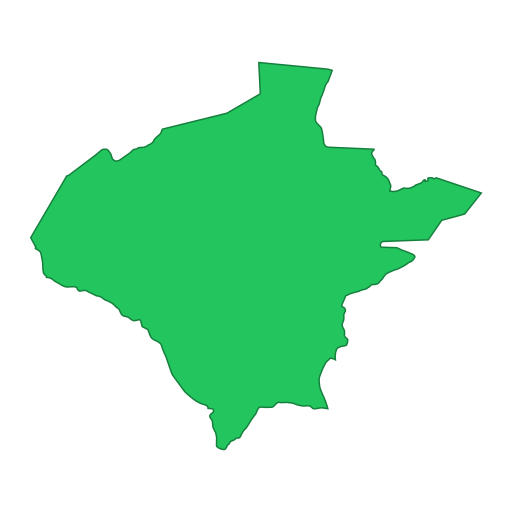 Texiguat, El Paraíso, Honduras
{"feature_id": "27666195B35644327877667", "entity_name": "Texiguat", "entity_type": "district", "adm_level": 2, "iso_a3": "HND", "parent_name": "Honduras", "parent_adm1": "El Paraíso", "projection": "orthographic", "projection_center": [-87.038, 13.663], "detail": "fine", "context": "isolated", "style": "filled", "palette": "green", "viewbox_px": 512, "rotation_deg": 0, "n_neighbors": 0, "source": "geoboundaries", "source_scale": "gbopen_adm2", "svg_char_len": 6067}
<svg xmlns="http://www.w3.org/2000/svg" viewBox="0 0 512 512"><path d="M327.8,408.7L327.2,406.4L325.3,400.7L324.0,397.6L321.7,392.5L320.0,388.0L319.5,385.0L319.2,382.5L319.1,380.0L319.3,378.3L319.6,376.8L320.0,375.5L322.8,368.4L325.1,363.9L326.3,361.9L327.0,361.3L328.1,360.3L330.3,358.2L331.9,358.4L334.3,359.2L335.4,359.8L335.2,357.6L335.2,355.6L335.6,352.4L336.5,349.5L337.5,348.1L339.3,347.1L340.7,346.6L342.7,346.1L343.8,346.0L345.5,345.6L346.4,345.2L347.3,343.3L347.8,339.7L347.1,338.8L345.1,336.9L344.4,335.7L344.6,333.5L344.5,331.1L344.2,330.0L342.9,327.6L342.4,326.3L342.1,324.5L342.7,322.6L343.6,320.3L343.9,318.0L343.8,315.4L343.9,314.1L345.3,311.2L345.4,309.8L344.9,308.6L343.9,307.5L342.2,306.7L341.9,306.4L341.9,305.4L342.1,304.3L343.7,300.7L345.0,297.6L345.5,295.9L347.6,295.0L349.2,294.1L354.8,292.3L357.1,291.8L359.1,291.2L360.3,290.6L361.8,290.0L363.2,289.6L364.9,289.3L366.2,288.8L367.4,288.1L367.8,287.6L368.8,287.2L369.7,286.5L371.3,284.9L371.7,284.7L372.2,284.5L374.7,284.5L375.9,284.3L377.6,283.7L378.7,282.9L380.3,281.0L382.2,279.1L384.5,275.8L385.7,274.2L388.9,272.4L393.7,270.3L394.9,269.9L397.9,269.0L398.6,268.5L400.8,267.5L404.3,265.6L407.0,263.9L408.2,262.9L411.5,261.3L412.7,260.3L413.8,259.0L414.9,256.9L414.8,256.2L414.2,255.4L412.6,254.3L407.8,252.2L405.6,251.4L402.1,250.2L396.9,247.7L381.8,247.2L380.8,246.9L380.3,245.9L380.7,243.1L381.2,242.5L382.7,241.5L428.3,239.8L441.7,220.3L464.7,214.0L481.3,193.0L436.5,177.9L436.1,177.9L434.5,178.6L433.9,178.7L433.2,178.6L432.8,178.1L432.5,177.9L431.5,177.8L430.4,177.9L429.6,177.7L428.5,177.9L428.1,178.1L427.9,178.4L427.8,179.0L428.1,179.7L428.1,180.1L428.0,180.6L427.6,180.9L426.0,181.4L425.1,181.4L424.9,181.3L424.8,181.0L424.9,180.9L425.3,180.6L425.4,180.2L424.9,179.8L424.4,179.8L423.5,180.4L422.3,182.0L421.1,183.1L419.4,183.6L417.1,184.6L416.7,184.6L416.4,184.7L415.4,185.3L413.7,186.5L409.8,188.2L408.8,188.3L407.4,188.4L403.6,188.0L399.1,190.2L397.9,190.7L397.3,191.1L393.5,191.5L392.3,191.5L391.0,191.1L390.5,191.2L390.1,191.5L389.9,191.4L389.8,191.2L390.1,189.5L390.5,187.6L390.8,185.6L390.5,184.8L389.8,183.2L389.2,181.3L388.4,179.8L387.5,178.3L386.4,177.2L385.1,176.3L383.1,175.2L382.2,174.5L382.0,174.0L381.9,172.4L381.6,171.7L381.2,171.3L380.5,171.1L380.3,171.0L379.7,170.2L378.9,168.6L378.0,167.2L377.1,166.3L375.8,165.2L375.5,164.8L375.4,164.0L375.5,162.9L375.5,162.1L375.3,160.8L375.0,159.8L374.6,159.1L372.8,156.6L371.6,153.7L371.7,153.0L372.0,152.2L373.2,150.6L373.9,150.0L374.0,149.6L373.9,149.2L328.0,147.2L326.7,146.8L325.5,146.0L324.9,145.3L324.2,144.0L323.7,142.8L323.5,139.8L323.0,136.3L322.2,131.4L321.6,128.8L321.2,127.9L320.7,127.1L317.0,123.3L315.8,121.7L315.6,121.1L315.4,119.8L315.4,116.8L316.2,112.7L317.2,108.7L318.0,106.3L318.9,104.8L319.2,104.2L320.8,97.8L322.0,95.5L322.9,92.9L324.0,90.0L325.1,86.2L326.3,83.7L328.0,81.6L332.2,70.4L328.0,69.2L258.8,62.5L260.3,93.8L226.9,113.2L162.3,129.2L161.1,132.4L160.5,133.6L159.3,134.8L156.8,136.9L155.0,138.8L154.2,139.7L153.6,141.0L153.2,141.7L152.3,142.7L151.6,143.3L150.3,144.2L148.7,144.8L146.9,146.0L144.6,147.1L143.9,147.3L141.1,147.4L138.5,147.7L138.0,147.9L137.3,148.6L136.8,148.9L134.6,149.3L133.4,149.7L132.1,150.8L130.2,152.7L128.1,154.2L124.2,156.9L120.3,159.7L119.5,160.2L118.5,160.6L117.0,161.0L116.1,161.1L115.6,161.0L114.0,160.3L112.7,159.2L112.3,158.6L111.1,154.8L110.5,153.6L109.8,152.5L109.1,151.5L108.0,150.2L107.3,149.6L106.3,149.3L104.7,149.2L103.3,149.3L101.9,149.8L95.5,155.1L68.8,175.3L66.7,176.0L30.7,237.7L35.9,247.3L35.6,247.6L35.4,248.0L35.3,248.3L35.4,248.6L35.7,248.8L37.2,249.5L39.1,250.8L40.2,251.8L40.7,252.8L41.3,255.2L42.6,262.2L43.0,270.0L43.3,270.9L43.3,272.2L43.8,273.5L44.6,274.6L46.1,275.9L46.3,276.5L46.4,277.4L47.6,277.5L49.2,277.7L50.1,278.1L51.9,278.9L54.5,281.0L58.4,283.2L61.5,285.1L63.8,286.2L65.6,286.8L66.9,287.0L73.1,286.7L74.3,286.7L75.2,286.9L76.2,287.3L76.7,287.6L77.0,288.0L77.3,289.0L77.7,289.7L78.4,290.4L79.4,291.1L80.1,291.1L82.0,290.7L84.8,290.4L85.4,290.4L86.4,290.8L89.0,292.2L93.2,294.2L96.2,295.7L97.1,295.9L98.9,296.2L100.7,296.9L102.4,297.9L103.8,299.1L104.4,299.5L105.5,300.1L107.6,300.9L108.9,301.5L111.6,302.9L113.3,304.2L116.9,307.7L118.3,308.5L118.8,309.0L119.5,310.2L120.5,312.5L121.4,314.1L122.1,315.0L123.0,315.7L124.0,316.1L126.6,316.7L128.2,317.2L128.8,317.6L130.0,318.6L131.6,319.7L132.7,320.3L133.4,320.6L134.1,320.7L134.9,320.6L139.2,319.7L139.7,319.7L140.0,319.9L140.5,320.5L141.0,321.7L141.7,324.9L142.2,326.6L142.7,326.9L146.7,328.9L148.0,329.7L149.7,334.6L150.6,336.5L151.4,337.8L152.3,338.6L153.5,339.5L154.8,340.2L157.2,341.3L159.2,342.6L160.2,343.4L160.9,344.3L161.6,345.6L162.4,348.4L163.9,352.2L166.0,356.8L170.9,371.1L172.0,374.0L172.7,375.2L175.2,378.7L184.7,391.6L187.3,394.0L190.5,396.8L193.0,398.8L195.5,400.6L198.0,402.1L200.3,403.3L201.4,403.7L204.6,404.7L206.6,405.6L207.2,406.1L207.8,407.0L208.0,407.5L207.9,408.1L208.1,408.4L212.0,408.8L212.8,409.0L213.1,409.3L213.4,410.0L213.5,410.7L213.5,411.4L213.3,412.0L212.9,412.5L211.5,413.4L210.5,414.5L209.9,415.4L209.8,416.3L210.0,417.2L210.6,418.3L211.1,419.1L211.8,419.9L212.1,420.3L212.5,422.3L212.9,426.3L213.0,427.2L214.4,430.4L215.6,432.5L215.7,432.9L216.6,437.2L216.5,445.3L216.6,446.2L216.9,446.6L218.8,448.0L221.0,449.0L223.0,449.5L223.9,449.5L224.7,449.4L225.4,448.9L226.0,448.1L226.7,447.0L227.2,445.7L227.5,445.2L228.8,444.1L229.5,443.4L229.8,442.8L230.1,441.9L230.4,441.6L234.6,439.7L235.3,439.1L236.1,438.3L236.6,438.0L237.2,437.9L237.8,438.1L238.3,438.1L239.2,437.8L239.8,437.5L240.3,436.7L241.4,434.4L243.3,431.1L244.1,430.1L245.6,428.6L246.4,427.6L248.5,424.5L251.3,419.8L255.9,413.6L257.2,410.5L258.3,408.4L258.8,407.8L259.6,407.4L260.5,407.1L261.7,407.1L265.7,407.4L269.8,407.3L271.4,407.2L272.6,407.0L273.2,406.7L276.2,403.7L276.9,403.1L278.1,402.4L279.1,402.3L280.7,402.6L286.9,402.4L292.5,403.1L293.7,403.4L296.0,404.4L297.5,404.9L302.0,405.9L303.7,406.0L306.9,405.8L309.6,405.9L310.0,406.1L310.7,406.6L313.0,408.5L314.0,408.8L314.8,408.8L319.7,408.0L321.9,407.8L324.7,408.2L327.8,408.7Z" fill="#22c55e" stroke="#15803d" stroke-width="1.5"/></svg>